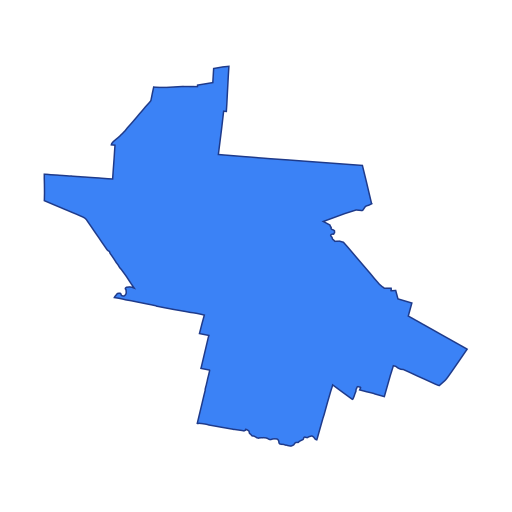 Slobozia Ciorasti, Vrancea, Romania, rotated 183°
{"feature_id": "2599482B76113963406220", "entity_name": "Slobozia Ciorasti", "entity_type": "district", "adm_level": 2, "iso_a3": "ROU", "parent_name": "Romania", "parent_adm1": "Vrancea", "projection": "robinson", "projection_center": [27.208, 45.598], "detail": "fine", "context": "isolated", "style": "filled", "palette": "blue", "viewbox_px": 512, "rotation_deg": 183, "n_neighbors": 0, "source": "geoboundaries", "source_scale": "gbopen_adm2", "svg_char_len": 5990}
<svg xmlns="http://www.w3.org/2000/svg" viewBox="0 0 512 512"><g transform="rotate(183 256 256)"><path d="M367.0,419.4L368.0,413.2L368.5,409.7L369.1,405.7L369.6,404.9L370.9,403.2L374.2,399.2L375.6,397.3L378.1,394.0L379.7,392.0L383.0,387.6L386.3,383.3L390.3,378.3L391.2,377.2L391.8,376.3L392.6,375.2L393.2,374.3L394.2,373.2L395.9,371.2L397.2,369.9L397.9,369.0L399.7,367.2L401.8,365.3L403.8,363.4L404.1,363.2L404.8,362.4L406.0,360.7L406.1,360.1L406.3,359.5L406.3,359.4L405.5,359.4L402.7,359.3L402.6,358.5L402.7,354.8L402.8,346.4L403.0,337.1L403.2,325.4L407.6,325.4L415.1,325.6L416.8,325.7L419.1,325.7L426.8,325.8L430.6,325.9L431.3,325.9L434.2,325.9L436.8,326.0L438.7,326.0L443.7,326.1L444.3,326.2L445.1,326.2L446.2,326.1L449.6,326.2L454.0,326.3L456.2,326.3L458.7,326.4L462.6,326.4L465.1,326.4L468.7,326.6L471.7,326.6L471.7,326.3L471.6,324.9L471.5,322.4L471.3,320.0L471.0,316.0L470.7,311.1L470.5,307.6L470.3,301.7L470.3,300.2L461.3,296.9L457.7,295.6L453.2,294.0L450.0,292.8L447.1,291.8L442.2,290.0L437.3,288.3L434.2,287.1L432.3,286.4L431.0,285.9L429.3,285.1L428.7,284.7L427.3,283.5L425.9,281.6L422.1,276.7L419.7,273.5L416.7,269.6L413.8,265.9L410.9,262.0L409.5,260.2L405.1,254.5L404.2,253.7L402.6,252.8L401.8,250.9L400.4,249.2L398.2,246.3L396.1,243.4L395.3,242.2L393.7,240.4L393.1,239.6L391.5,237.2L390.7,236.4L389.8,235.5L386.6,231.6L384.2,228.6L381.1,224.3L378.5,220.8L376.0,217.6L378.3,218.3L380.6,218.5L381.4,218.4L382.1,218.2L383.4,218.1L384.1,217.7L384.6,217.2L384.8,216.7L384.7,216.2L384.1,215.7L383.7,213.1L383.7,211.9L384.1,210.9L384.6,210.1L385.4,209.3L386.2,209.1L387.3,209.2L388.0,209.4L388.6,210.0L388.8,210.8L389.1,211.2L389.7,211.7L390.4,211.7L391.1,211.5L391.7,211.6L392.4,211.2L392.9,210.8L393.3,210.1L394.4,208.7L395.1,207.6L395.3,207.1L390.6,206.6L386.2,205.9L383.8,205.4L378.3,204.8L371.1,203.7L368.9,203.4L365.6,202.9L361.5,202.3L357.9,201.8L355.5,201.4L353.5,201.1L353.1,200.9L352.9,200.8L352.7,200.7L350.4,200.4L348.4,200.1L344.9,199.6L339.0,198.8L335.4,198.3L329.4,197.6L327.0,197.3L323.5,196.9L318.6,196.2L315.5,196.0L312.0,195.6L308.2,195.0L304.5,194.3L306.4,185.6L308.4,175.6L307.7,175.5L307.1,175.4L298.9,174.2L299.4,172.0L304.8,142.3L305.0,141.5L305.1,140.9L298.2,139.9L296.5,139.7L296.3,139.3L296.4,138.6L296.5,137.9L297.0,135.2L297.4,133.1L297.7,131.7L298.0,130.0L298.2,128.5L298.7,125.9L298.9,124.5L299.3,122.9L299.8,120.2L299.7,119.7L299.7,119.2L300.7,114.1L301.5,109.7L302.4,104.7L305.9,85.8L305.3,85.6L304.0,86.0L303.3,85.9L301.0,85.8L297.8,85.5L295.8,85.2L294.4,84.8L287.1,83.9L280.9,83.1L278.2,82.8L273.4,82.2L270.7,81.9L269.0,81.6L268.1,81.7L267.5,81.6L265.2,81.4L260.7,81.0L258.8,80.7L258.1,81.3L257.7,81.4L257.3,81.4L257.1,82.4L256.0,82.1L254.8,81.4L254.1,81.0L253.7,80.3L253.5,79.7L253.4,78.9L252.9,78.3L252.0,77.7L250.7,76.3L249.9,76.1L249.1,76.1L248.6,76.0L247.8,75.7L246.4,75.0L245.6,74.5L244.6,74.4L244.1,74.2L243.6,74.3L242.9,74.6L242.2,74.6L241.6,74.8L241.0,74.8L240.1,74.8L238.8,75.0L237.7,74.9L236.6,74.9L235.9,74.7L234.9,74.4L234.0,73.9L232.9,73.5L232.4,73.4L231.9,73.4L231.5,73.5L230.4,73.9L229.9,74.1L228.8,74.3L227.7,74.4L226.0,74.4L225.1,74.2L224.7,74.0L224.3,73.5L223.9,72.9L223.6,72.3L223.5,72.0L223.4,71.3L223.3,70.9L223.1,70.3L222.6,69.7L222.1,69.5L221.3,69.4L220.8,69.3L220.2,69.3L219.6,69.3L218.7,69.3L217.9,69.1L217.3,68.9L216.7,68.7L216.1,68.7L215.6,68.7L214.5,68.4L212.4,68.1L211.9,68.1L211.4,68.0L210.9,68.1L210.4,68.3L209.9,68.6L209.4,68.8L209.1,69.0L208.6,69.3L208.3,69.6L207.9,70.3L207.2,71.3L206.8,71.6L206.5,71.8L206.3,71.9L205.9,71.9L205.2,72.0L204.5,72.0L204.3,72.0L204.0,72.1L203.8,72.3L203.2,73.0L202.6,73.4L202.1,73.7L201.7,74.0L201.2,74.2L200.3,74.7L199.6,75.1L199.3,75.4L199.1,75.8L198.9,76.6L198.6,77.3L198.2,77.6L197.8,77.7L197.4,77.7L196.9,77.5L196.5,77.4L195.9,77.4L195.5,77.3L195.0,77.4L194.6,77.7L194.1,78.1L193.7,78.3L193.3,78.4L192.2,78.8L191.3,79.1L190.8,79.2L189.7,78.7L188.9,78.1L188.0,77.1L187.2,76.1L186.4,75.8L185.7,75.6L185.4,76.6L185.2,77.4L183.3,85.9L180.6,97.8L180.5,98.1L179.7,101.1L176.9,113.8L176.1,117.2L174.3,124.9L173.1,129.4L172.7,131.3L161.5,123.9L152.3,117.9L151.7,118.3L150.7,121.0L150.1,123.3L149.5,125.1L149.2,126.0L149.1,126.5L149.2,127.2L149.0,128.3L148.4,129.6L148.3,130.1L148.0,130.6L147.8,130.8L147.4,130.9L146.8,130.8L146.0,130.6L145.7,130.6L144.9,130.4L144.6,129.9L145.5,127.7L140.2,126.6L138.4,126.2L136.5,125.9L132.2,125.1L130.6,124.7L130.3,124.5L120.5,122.3L115.5,144.2L114.8,146.8L113.1,153.6L111.6,153.3L110.6,153.1L109.6,152.4L108.6,151.7L107.0,151.0L105.5,150.5L104.3,150.4L103.4,150.4L103.0,150.4L101.5,149.8L97.6,148.3L88.5,144.6L80.7,141.6L73.9,138.9L70.4,137.5L67.5,136.5L66.2,136.2L61.1,141.2L60.2,142.2L59.3,143.4L58.2,145.0L54.6,150.7L48.0,161.4L40.3,174.0L41.0,174.4L100.8,204.0L97.9,217.2L112.0,220.6L114.7,228.9L118.5,228.4L119.4,228.5L119.2,229.9L119.4,230.9L126.2,230.5L127.1,231.3L128.2,231.8L131.4,234.3L133.1,236.1L136.5,239.6L140.6,244.1L146.7,250.5L156.4,260.7L162.8,267.5L164.8,269.6L169.4,274.3L173.3,275.2L178.0,274.8L179.2,275.9L179.5,276.2L179.9,276.4L180.3,276.7L180.6,277.2L180.8,277.7L181.0,278.5L181.3,278.9L181.9,279.4L182.5,280.3L182.5,280.7L182.3,281.1L181.7,281.5L180.4,282.0L179.9,281.8L179.6,281.9L179.5,282.5L179.2,282.8L178.8,283.3L178.8,284.0L178.9,284.8L179.0,285.4L180.7,286.3L181.7,286.5L182.1,286.8L182.4,287.3L182.5,287.9L182.4,288.4L182.6,288.8L183.2,289.3L183.8,290.8L190.6,294.0L169.6,303.0L158.4,307.2L153.8,307.0L152.6,306.9L152.1,307.1L151.6,307.5L150.7,309.0L149.6,310.8L148.7,311.6L147.6,312.1L146.7,312.4L145.9,312.7L143.1,314.3L143.5,314.9L149.7,336.1L154.5,352.0L187.0,352.7L215.0,353.3L228.3,353.6L247.2,353.9L253.7,354.1L259.1,354.2L260.1,354.3L266.8,354.5L272.4,354.6L275.6,354.7L285.7,355.0L289.4,355.1L293.4,355.2L298.9,355.4L297.0,381.4L295.9,398.9L293.2,398.8L293.1,405.6L293.1,408.7L293.1,419.1L293.1,433.4L293.0,444.0L295.6,443.6L299.0,443.1L308.1,441.0L308.2,426.9L323.3,423.6L323.3,422.1L338.6,421.4L353.9,419.7L361.5,419.3L366.1,419.3L367.0,419.4Z" fill="#3b82f6" stroke="#1e3a8a" stroke-width="1.5"/></g></svg>